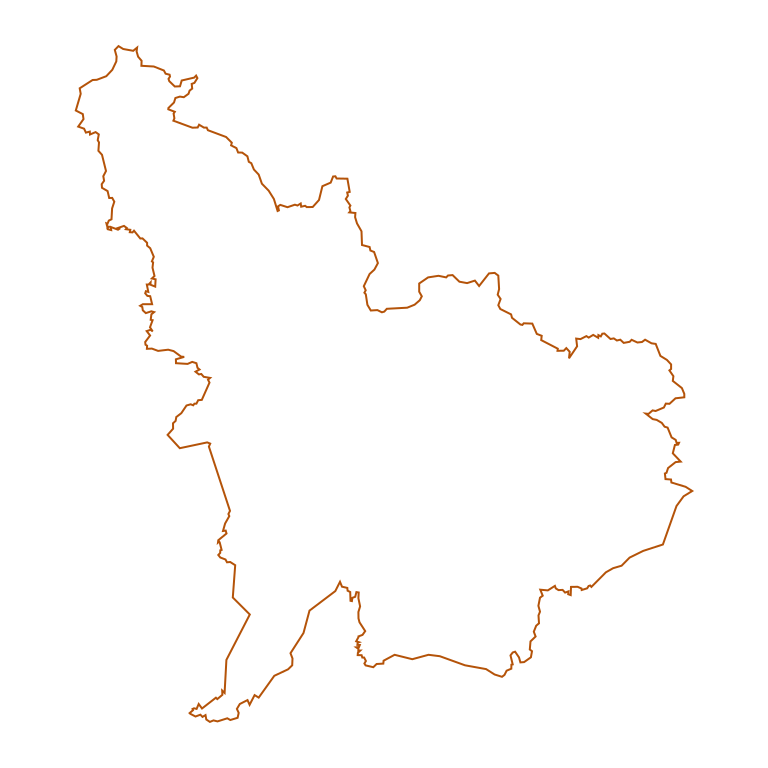 Tecolotlán, Jalisco, Mexico
{"feature_id": "50627088B33659977018142", "entity_name": "Tecolotlán", "entity_type": "district", "adm_level": 2, "iso_a3": "MEX", "parent_name": "Mexico", "parent_adm1": "Jalisco", "projection": "mercator", "projection_center": [-104.055, 20.276], "detail": "fine", "context": "isolated", "style": "outline", "palette": "amber", "viewbox_px": 768, "rotation_deg": 0, "n_neighbors": 0, "source": "geoboundaries", "source_scale": "gbopen_adm2", "svg_char_len": 6071}
<svg xmlns="http://www.w3.org/2000/svg" viewBox="0 0 768 768"><path d="M106.3,76.2L96.8,79.8L92.6,80.0L79.7,88.3L80.7,93.8L75.8,110.5L82.8,114.1L83.5,119.1L78.2,126.6L84.1,128.7L85.9,132.6L89.8,131.6L90.0,134.5L95.6,132.1L98.8,134.4L97.7,140.2L99.0,142.4L98.4,150.8L102.0,154.8L106.0,171.0L103.3,176.2L104.1,180.8L101.7,184.2L102.0,187.8L107.6,191.1L109.2,198.0L112.2,197.9L114.3,201.7L112.1,208.4L111.5,219.3L108.8,220.6L107.5,223.7L106.4,223.3L107.1,226.1L108.9,226.9L107.3,228.0L107.7,229.2L111.2,230.1L110.8,227.0L118.0,229.7L119.2,228.9L117.9,228.0L124.0,225.9L126.8,228.0L125.9,229.2L130.3,229.8L129.8,232.2L132.5,232.4L134.0,230.7L140.3,238.5L142.5,238.4L147.1,242.8L147.1,245.6L150.2,248.2L153.8,256.8L151.9,261.4L153.1,262.4L152.5,267.7L154.5,276.0L151.9,278.5L155.6,279.3L155.2,286.6L150.4,284.7L150.6,282.4L148.6,284.5L146.8,284.5L148.3,291.9L145.9,291.2L145.2,293.3L147.4,295.9L150.2,296.2L152.1,304.2L142.9,304.2L140.2,305.8L142.3,307.0L142.8,310.3L145.8,313.1L151.4,311.3L154.1,312.1L151.4,314.3L150.7,319.8L152.6,320.2L150.0,327.3L152.7,331.4L150.5,329.8L146.7,331.1L150.1,335.5L145.2,342.0L145.5,344.7L147.1,345.7L146.9,348.8L151.9,348.6L158.1,350.9L168.2,349.7L173.6,351.1L181.1,356.6L184.2,356.9L175.9,359.3L176.0,363.2L187.6,363.9L192.2,361.9L196.4,363.2L197.5,367.8L199.5,369.5L195.5,371.7L198.9,374.4L201.3,374.0L203.7,376.8L210.1,377.9L208.0,379.7L209.5,382.6L201.8,399.9L198.2,400.2L196.4,403.7L194.4,403.7L193.2,405.3L190.7,404.3L186.5,405.5L181.3,413.2L176.3,417.0L175.6,420.9L173.0,423.3L173.1,428.7L167.6,434.9L179.8,448.2L207.2,442.4L210.2,443.6L208.9,446.6L230.0,510.9L228.4,514.0L229.3,516.1L225.1,523.5L223.0,531.0L225.7,530.6L226.5,533.5L218.3,540.2L218.0,542.5L219.1,541.5L219.7,542.4L221.6,549.9L220.3,550.3L220.2,552.9L218.3,555.0L220.3,557.5L225.5,559.5L227.0,562.3L230.2,562.0L235.2,565.2L232.8,597.5L249.8,614.5L226.4,659.9L224.6,692.9L222.2,690.6L222.4,694.8L217.3,699.1L215.9,697.7L202.0,708.5L198.7,704.0L196.6,708.9L194.0,708.3L192.5,709.0L193.0,710.2L189.6,713.1L190.3,713.8L195.5,716.5L200.4,714.7L202.5,716.9L205.5,715.1L206.3,719.5L209.9,721.9L213.5,720.4L217.5,721.4L227.3,718.3L230.3,720.0L237.6,717.8L238.7,712.9L236.9,708.9L239.8,704.0L247.5,700.1L249.6,704.8L254.6,695.1L258.7,697.6L274.3,675.8L288.1,669.3L292.2,665.3L292.5,658.5L290.5,653.2L303.5,633.0L309.5,610.6L335.3,591.1L340.0,581.8L342.0,586.7L347.3,587.9L347.6,590.7L350.2,592.0L350.5,600.8L351.9,601.1L352.4,597.8L355.2,596.8L356.4,592.1L358.7,592.5L358.4,598.2L360.1,606.4L358.4,612.0L358.5,618.4L359.5,622.3L365.2,631.1L362.5,634.9L357.7,636.7L358.7,636.7L356.2,641.3L358.9,642.2L357.7,642.6L357.4,644.9L359.8,645.0L359.0,647.0L356.2,647.3L358.5,648.9L358.3,650.7L360.2,650.6L357.9,652.8L357.7,655.1L361.6,655.2L362.3,657.5L364.1,657.5L365.9,661.0L364.4,663.5L365.6,665.4L373.3,667.2L376.6,664.0L383.3,663.6L383.6,660.7L394.6,654.8L412.3,659.2L428.5,654.8L439.8,656.2L465.0,665.3L486.1,669.1L494.6,674.5L502.0,676.8L504.5,674.9L506.6,670.7L511.3,668.7L511.4,664.7L512.7,664.4L510.5,655.4L512.7,652.5L515.1,651.7L519.0,657.4L520.4,662.4L524.1,662.1L530.9,657.3L532.0,651.2L529.8,649.5L530.5,641.4L535.6,636.5L533.8,631.7L536.2,625.7L539.0,623.3L538.5,615.4L540.0,611.7L538.4,605.8L540.0,597.7L542.7,595.7L540.3,589.7L547.8,590.4L554.9,585.9L555.8,588.4L558.5,590.1L562.6,589.9L565.1,592.6L568.4,591.4L568.2,594.2L570.7,595.1L571.0,586.9L577.6,586.8L581.5,588.5L581.7,590.0L587.2,588.3L588.6,586.0L590.2,585.5L591.4,586.9L605.9,572.3L613.1,568.2L621.6,565.7L629.6,557.6L643.2,550.9L662.9,544.5L676.5,506.0L683.6,496.3L692.2,491.0L685.6,486.8L671.4,482.5L671.0,479.5L665.5,479.1L664.9,473.5L666.5,472.8L668.1,468.0L675.6,462.1L680.7,461.6L672.8,453.3L674.9,445.0L678.2,444.6L679.0,442.8L676.6,442.9L675.7,439.9L671.6,437.4L667.6,427.6L664.6,426.7L661.8,422.9L656.7,419.9L652.7,419.1L645.7,413.6L648.5,413.9L652.6,410.4L655.6,411.0L663.9,407.5L665.8,403.6L669.5,403.8L675.5,398.3L684.3,397.3L684.3,393.9L681.9,388.1L672.8,380.9L673.4,376.2L669.4,370.4L671.1,369.0L671.1,364.4L666.9,359.9L660.4,355.9L655.7,343.9L651.5,343.3L645.1,339.7L642.0,342.0L637.4,342.5L631.6,339.8L629.7,341.8L623.7,342.9L620.3,339.7L616.9,340.5L613.8,338.4L610.5,339.0L604.4,333.5L602.3,333.7L600.8,336.4L598.4,335.1L598.2,337.8L593.2,334.9L588.7,337.6L586.4,336.1L580.5,339.1L576.2,338.6L577.1,346.3L569.0,358.3L569.7,351.8L566.3,348.1L563.8,350.7L557.5,350.8L557.8,348.7L541.2,340.1L541.7,335.8L536.8,333.9L532.3,323.6L523.7,323.3L522.4,324.9L520.4,324.5L512.0,317.8L511.1,314.4L500.3,309.0L498.3,305.2L500.6,299.0L497.7,294.7L499.1,289.1L498.3,275.6L494.7,272.9L489.0,273.4L479.1,286.0L474.9,280.6L467.1,283.1L459.4,281.7L452.6,275.1L448.0,275.5L446.2,277.4L438.5,275.8L428.1,277.4L419.2,283.5L419.2,291.7L421.8,296.3L419.8,300.2L414.6,304.7L407.2,307.7L386.8,308.8L384.3,311.6L381.9,312.3L377.4,310.1L370.8,310.5L367.4,304.8L365.8,294.3L364.4,292.7L365.7,290.3L363.8,286.2L369.6,274.0L374.4,269.6L377.9,263.1L374.1,252.0L370.4,250.5L369.6,247.0L362.0,245.0L361.5,231.3L357.0,223.4L355.1,217.2L355.4,213.0L349.3,212.4L350.4,211.1L349.4,207.4L350.4,205.6L345.8,199.0L347.9,195.7L347.2,192.5L349.7,191.9L347.4,178.7L336.6,178.5L335.4,176.3L333.1,176.5L330.7,182.6L322.4,186.2L319.0,200.0L312.7,207.0L306.8,207.1L305.1,205.8L301.2,206.7L300.7,203.5L297.5,205.5L294.9,204.7L287.5,207.2L280.3,204.9L278.0,206.4L278.9,210.4L277.6,211.0L273.9,199.0L268.7,190.7L261.9,183.7L258.7,174.6L253.9,169.5L251.3,163.2L248.8,161.8L247.4,156.3L242.2,152.6L238.1,152.5L236.4,148.1L231.1,145.4L231.8,142.7L226.1,137.0L207.9,130.2L206.7,127.6L203.9,127.6L199.1,124.7L197.7,127.5L192.4,127.7L173.4,120.7L174.4,118.3L173.6,113.6L174.8,111.8L168.3,109.3L168.4,108.0L174.0,102.5L175.4,98.0L179.9,96.6L183.8,97.2L188.5,93.8L189.6,90.6L192.2,88.6L191.7,83.9L194.4,82.9L197.4,78.1L196.1,75.6L194.2,77.6L181.7,80.5L180.0,86.3L174.8,86.5L169.3,81.2L168.5,78.9L170.0,76.6L169.6,74.7L165.6,73.7L163.9,70.5L153.8,66.5L141.4,65.8L141.6,60.8L138.1,56.7L136.6,51.4L137.1,47.6L133.2,50.8L123.2,49.0L118.5,46.1L114.8,49.9L116.6,56.5L116.3,61.4L112.3,69.8L106.3,76.2Z" fill="none" stroke="#b45309" stroke-width="2"/></svg>